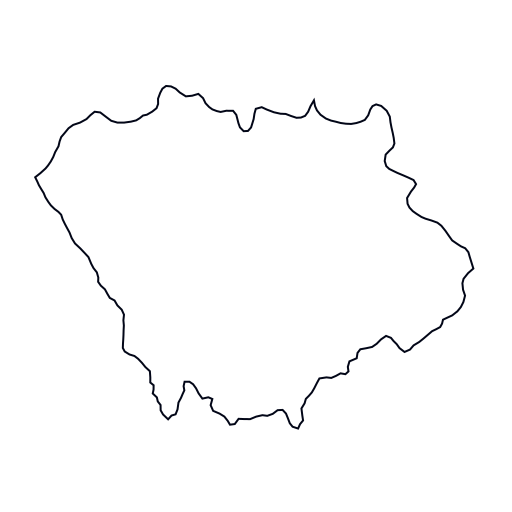 Miravânia, Minas Gerais, Brazil (Mercator projection), rotated 87°
{"feature_id": "56859067B46830192299051", "entity_name": "Miravânia", "entity_type": "district", "adm_level": 2, "iso_a3": "BRA", "parent_name": "Brazil", "parent_adm1": "Minas Gerais", "projection": "mercator", "projection_center": [-44.42, -14.75], "detail": "fine", "context": "isolated", "style": "outline", "palette": "ink", "viewbox_px": 512, "rotation_deg": 87, "n_neighbors": 0, "source": "geoboundaries", "source_scale": "gbopen_adm2", "svg_char_len": 3425}
<svg xmlns="http://www.w3.org/2000/svg" viewBox="0 0 512 512"><g transform="rotate(87 256 256)"><path d="M165.8,472.4L170.2,470.5L173.9,469.1L177.9,467.0L181.9,464.8L186.4,463.2L191.2,460.5L194.7,458.2L198.5,454.7L201.6,451.0L204.6,448.4L209.4,447.1L213.7,445.3L217.8,443.4L222.8,441.0L228.5,439.1L234.0,436.1L239.3,431.0L243.3,427.6L248.3,423.4L255.3,420.9L259.6,418.9L264.0,415.8L269.3,414.6L273.5,415.0L277.5,412.5L281.4,408.6L286.0,406.4L290.2,404.2L293.0,399.6L298.1,397.0L302.6,392.9L307.7,390.9L313.3,391.8L318.5,391.6L323.2,392.1L328.2,392.5L332.2,392.9L336.3,393.4L340.9,393.8L344.5,392.1L347.7,387.5L349.5,382.6L352.5,379.1L356.7,375.5L361.1,372.3L365.5,368.0L371.8,367.9L376.8,368.2L379.7,365.0L384.1,365.3L387.9,366.3L392.0,362.4L396.1,361.7L399.8,359.1L405.1,359.3L409.4,357.1L414.5,352.3L410.9,348.7L409.9,344.6L405.1,342.4L398.3,341.1L393.7,338.3L390.2,336.6L386.4,334.6L382.2,335.1L377.8,333.9L378.1,329.0L380.8,325.5L385.0,322.8L390.2,320.5L395.6,317.0L394.6,311.0L396.5,307.1L402.6,309.1L408.4,306.9L411.5,300.6L414.7,296.0L419.1,292.9L423.1,290.8L422.7,286.0L417.7,281.9L418.2,276.6L418.6,270.4L416.4,264.2L415.3,257.9L416.2,253.1L414.5,247.5L411.1,242.5L411.1,237.5L414.9,234.3L419.8,232.6L424.8,231.0L428.4,228.4L430.5,223.0L426.2,220.8L422.7,217.6L417.7,218.1L410.6,218.6L405.7,215.2L401.3,213.7L398.4,210.5L395.2,207.4L391.2,204.8L386.0,201.8L381.6,199.1L380.9,192.0L381.7,187.2L379.9,182.4L377.6,177.7L378.7,172.9L376.1,169.7L371.5,170.1L366.1,168.2L363.4,160.8L358.1,159.7L354.6,156.7L353.9,151.0L352.9,144.8L350.0,140.1L345.8,135.5L342.6,130.3L344.8,125.5L348.1,123.1L351.4,120.1L355.5,117.5L359.6,112.7L357.5,107.1L353.5,103.3L350.4,97.5L347.3,93.2L343.7,88.5L340.3,84.1L338.5,79.8L336.6,75.8L333.2,73.7L329.4,72.6L327.8,68.7L325.6,63.2L321.7,57.7L317.7,54.1L312.8,51.3L306.5,49.3L300.5,51.0L294.0,51.3L289.6,49.9L284.2,45.1L279.9,39.6L272.4,41.5L268.1,42.6L263.3,43.7L259.2,46.7L257.1,50.8L254.4,54.5L250.7,59.3L246.0,62.3L240.8,65.5L235.5,69.3L232.2,73.1L229.7,79.0L227.6,84.8L225.7,88.7L222.2,93.6L219.4,97.1L215.7,100.2L211.8,101.9L206.0,102.1L199.7,97.8L195.9,94.5L192.6,92.4L188.4,94.7L185.7,99.7L183.2,104.7L180.4,110.5L178.1,114.7L176.0,118.4L173.1,121.2L167.9,122.5L161.5,121.2L157.6,117.0L154.7,113.6L150.9,111.9L145.3,112.3L140.4,113.0L134.7,114.0L129.5,114.7L123.8,115.1L117.8,117.9L112.7,123.1L110.9,128.1L112.4,131.8L115.7,134.2L121.4,136.6L125.8,140.2L127.4,144.5L128.5,148.9L129.1,154.1L128.6,159.3L127.6,164.5L126.0,169.5L124.7,174.0L122.4,179.0L118.3,184.2L113.8,187.5L109.4,189.2L103.6,190.0L109.2,193.7L114.7,196.4L118.6,199.6L120.1,203.9L120.1,208.3L118.0,213.7L115.7,218.9L115.2,224.1L113.4,230.6L110.3,237.6L107.7,242.5L109.0,248.5L113.8,250.1L119.2,251.2L123.6,252.8L127.4,254.2L130.7,257.5L130.7,261.8L126.7,265.3L122.4,266.6L118.4,267.4L114.0,268.3L109.8,271.3L109.4,278.1L110.3,283.8L109.2,287.6L107.3,291.9L104.8,295.0L100.8,298.4L95.6,300.6L91.1,305.1L92.6,311.4L92.9,317.7L88.7,323.6L84.7,327.5L82.2,332.0L81.5,336.9L84.0,340.7L88.0,343.1L93.8,345.6L99.1,345.8L103.2,347.6L106.4,352.1L109.2,357.6L109.8,361.5L112.3,364.9L114.3,368.6L115.3,373.9L115.9,381.0L115.5,387.5L113.4,393.5L108.6,399.2L104.5,404.0L103.5,409.6L106.7,414.0L110.4,418.1L113.6,424.8L115.5,431.7L118.6,436.5L123.1,440.6L127.0,444.3L131.2,446.1L136.1,447.5L141.7,451.1L146.5,453.3L150.9,456.0L154.8,459.0L157.6,461.6L162.0,467.0L165.8,472.4Z" fill="none" stroke="#020617" stroke-width="2"/></g></svg>